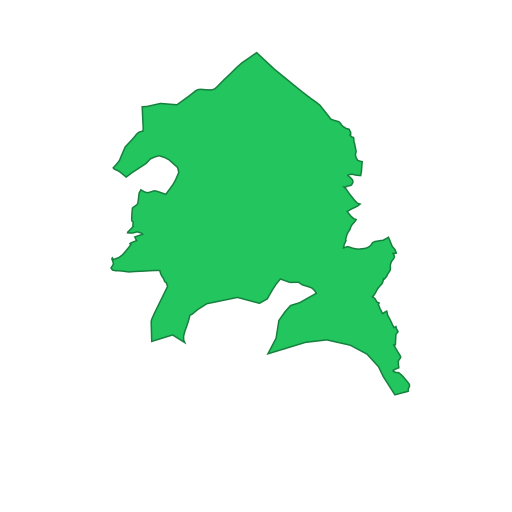 outline of Mbatoli, Imo, Nigeria, rotated 66°
{"feature_id": "59680162B59739898555342", "entity_name": "Mbatoli", "entity_type": "district", "adm_level": 2, "iso_a3": "NGA", "parent_name": "Nigeria", "parent_adm1": "Imo", "projection": "natural_earth1", "projection_center": [7.055, 5.587], "detail": "fine", "context": "isolated", "style": "filled", "palette": "green", "viewbox_px": 512, "rotation_deg": 66, "n_neighbors": 0, "source": "geoboundaries", "source_scale": "gbopen_adm2", "svg_char_len": 4608}
<svg xmlns="http://www.w3.org/2000/svg" viewBox="0 0 512 512"><g transform="rotate(66 256 256)"><path d="M162.0,349.4L165.3,351.3L171.3,354.4L173.4,355.1L174.4,354.8L175.3,354.5L178.1,356.1L179.0,356.0L179.2,356.6L180.7,359.9L181.9,363.3L182.6,363.9L184.4,360.5L185.0,358.4L185.5,355.2L186.0,354.2L188.4,351.4L190.0,350.7L189.3,359.0L192.0,358.9L193.4,358.7L193.1,364.7L193.5,366.2L194.7,365.6L196.3,368.5L200.6,377.3L201.6,381.7L201.3,387.6L199.3,388.0L199.9,388.8L201.1,388.9L203.5,389.1L205.3,389.5L206.9,391.6L207.9,393.3L210.5,392.8L212.6,389.9L213.1,388.4L215.9,383.4L218.3,379.6L219.1,378.0L220.8,373.2L224.3,364.3L226.7,357.8L229.5,351.0L230.2,349.8L231.8,350.1L234.5,350.3L237.1,350.1L239.1,349.6L241.5,349.8L242.7,349.6L244.0,348.8L247.9,349.2L266.9,372.0L271.3,376.9L273.2,378.4L291.6,386.0L294.2,364.3L306.1,356.3L303.5,356.3L299.7,354.7L295.6,351.4L291.9,347.8L288.7,344.9L286.0,342.6L283.2,340.5L283.2,338.0L281.2,331.0L279.6,320.3L286.3,289.8L300.6,272.1L299.8,263.2L293.7,254.9L289.8,248.9L286.9,243.1L293.9,235.8L297.3,227.8L301.1,225.5L306.3,219.6L308.2,217.8L311.5,216.5L314.6,216.1L316.4,235.1L315.3,244.6L318.7,252.1L324.2,261.3L339.3,271.1L350.2,284.9L355.0,246.0L361.4,225.5L375.8,206.2L390.8,194.5L407.0,189.1L417.8,188.8L439.3,185.6L441.5,172.0L439.2,170.8L437.3,168.6L435.6,168.1L433.4,168.6L432.2,168.9L429.5,169.7L425.9,170.7L423.4,171.7L420.6,173.1L419.8,174.6L419.0,175.9L417.2,177.5L416.3,177.1L416.1,174.0L416.1,172.9L416.2,171.0L412.7,169.9L409.6,168.5L408.4,166.4L407.3,164.9L405.0,164.9L400.5,165.6L397.2,165.9L394.3,166.2L393.3,166.3L393.8,164.8L386.6,161.1L384.5,160.1L382.9,157.0L379.9,157.3L377.4,156.9L377.6,159.0L374.5,159.3L371.9,159.3L368.6,159.4L366.1,159.6L364.2,159.8L363.1,159.7L360.5,159.1L359.5,159.0L359.6,160.3L359.8,162.1L360.2,163.7L359.8,163.9L358.6,163.9L356.6,163.9L354.6,164.2L352.3,164.0L350.0,164.0L349.6,163.4L349.0,162.6L348.5,163.0L347.4,164.2L346.5,164.3L345.2,164.5L343.6,164.6L342.4,165.2L341.6,165.5L341.0,166.0L340.6,166.3L339.8,164.3L338.9,162.8L337.5,160.9L336.2,159.4L334.8,157.1L333.6,154.6L332.7,152.4L332.2,151.7L331.6,151.0L330.0,149.7L328.7,148.7L329.3,147.9L328.7,146.9L328.2,145.9L327.4,144.4L326.3,143.4L325.6,142.3L324.1,139.9L323.0,138.7L321.3,137.9L319.9,137.4L319.2,137.1L317.8,136.1L316.7,135.0L315.7,133.8L315.2,132.7L314.4,131.3L313.6,130.4L312.9,129.8L312.2,129.6L310.3,129.6L309.4,129.8L309.5,129.5L310.4,127.1L310.4,126.6L306.6,126.4L302.8,127.6L299.9,127.6L296.0,127.4L292.7,127.4L293.1,129.8L293.1,131.9L293.4,133.4L292.4,136.4L291.9,138.7L291.1,141.7L291.3,144.3L292.5,145.9L293.4,148.2L293.7,151.3L293.2,154.1L292.5,156.1L291.5,159.4L290.4,161.3L288.4,164.3L286.3,166.5L284.6,168.7L284.5,170.0L284.1,172.7L281.2,170.6L278.5,167.5L277.0,167.2L273.3,164.1L271.5,161.9L270.0,159.4L267.7,157.3L266.5,155.5L265.0,152.3L264.3,150.9L263.4,149.7L261.7,151.5L258.2,153.1L252.5,154.6L252.2,152.5L252.0,151.0L251.9,149.2L251.8,145.4L251.7,143.4L251.6,142.4L251.2,141.1L250.9,139.8L248.9,142.0L244.2,143.6L235.7,145.7L231.6,146.4L228.7,147.6L229.2,146.4L229.6,145.0L229.3,144.1L229.6,142.8L230.0,141.5L230.0,139.9L228.3,137.6L226.4,136.9L225.2,137.0L224.2,137.4L222.8,137.8L221.4,138.6L219.8,139.3L219.5,139.0L219.6,137.4L220.5,134.8L222.3,132.5L224.2,129.4L225.1,127.7L222.2,125.6L218.5,123.6L214.2,121.3L213.0,120.6L211.8,122.3L210.0,124.2L209.2,124.3L207.2,124.5L205.6,124.3L203.8,124.0L201.5,122.1L200.8,121.9L193.8,120.3L190.9,119.9L189.0,119.1L187.4,118.7L186.9,119.2L186.2,120.2L184.7,120.6L183.7,121.0L183.3,119.9L182.1,119.6L181.5,119.2L179.5,119.4L178.2,119.3L177.8,119.7L176.9,120.8L176.0,122.0L175.6,122.3L174.5,122.6L174.1,123.4L172.8,123.9L171.5,124.4L170.7,124.7L169.4,124.7L167.0,125.7L163.9,129.4L161.6,131.9L159.8,132.3L151.9,134.3L144.2,136.3L140.3,138.3L134.1,142.0L124.2,147.4L92.7,163.3L70.5,172.7L73.8,190.3L76.0,197.2L79.8,207.3L81.7,212.9L85.5,222.5L86.5,225.5L86.4,228.5L84.8,232.2L81.2,238.8L80.5,240.9L80.4,243.7L82.4,251.1L85.7,266.7L77.8,281.2L75.1,294.6L73.4,299.3L94.0,307.3L96.0,308.7L95.6,309.9L95.3,312.1L95.6,313.9L96.3,315.9L97.3,317.7L99.1,321.5L100.2,324.1L103.1,331.0L108.9,337.4L113.2,341.9L115.1,345.4L117.4,350.6L119.1,350.0L122.0,347.4L123.9,346.1L127.7,344.2L131.1,342.5L129.5,335.7L128.0,326.4L126.7,318.6L124.4,313.2L124.3,308.7L124.9,303.8L129.2,299.1L132.6,296.4L143.3,291.6L148.3,292.6L153.8,298.6L156.9,302.7L162.9,313.2L161.7,314.7L159.3,317.2L156.2,320.6L155.0,322.5L154.6,326.4L154.2,329.0L152.8,331.1L150.7,332.9L148.7,334.2L151.1,337.3L156.6,340.5L159.7,342.5L160.7,343.8L161.1,345.7L161.6,348.4L162.0,349.4Z" fill="#22c55e" stroke="#15803d" stroke-width="1.5"/></g></svg>